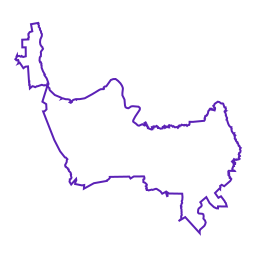 Hauraki District, Waikato, New Zealand
{"feature_id": "76426892B20926799897700", "entity_name": "Hauraki District", "entity_type": "district", "adm_level": 2, "iso_a3": "NZL", "parent_name": "New Zealand", "parent_adm1": "Waikato", "projection": "albers", "projection_center": [175.627, -37.294], "detail": "fine", "context": "isolated", "style": "outline", "palette": "violet", "viewbox_px": 256, "rotation_deg": 0, "n_neighbors": 0, "source": "geoboundaries", "source_scale": "gbopen_adm2", "svg_char_len": 5830}
<svg xmlns="http://www.w3.org/2000/svg" viewBox="0 0 256 256"><path d="M115.6,79.0L113.2,79.1L110.8,80.0L106.3,86.3L104.6,86.6L103.7,87.4L104.0,88.8L103.7,89.1L100.8,89.2L99.3,89.9L92.4,94.1L84.7,98.3L79.8,99.1L76.7,99.1L76.4,99.7L75.6,99.2L73.3,99.9L72.2,100.9L71.9,102.0L71.3,102.1L70.8,102.8L69.8,102.3L70.2,102.0L70.6,100.9L69.7,99.7L68.0,99.3L65.6,99.2L62.7,98.3L61.7,98.7L62.0,98.3L60.8,97.5L54.8,95.0L49.9,90.3L49.5,89.5L49.5,88.3L48.2,87.1L47.7,85.3L47.4,85.7L42.4,101.7L46.2,104.1L46.5,109.4L44.5,111.3L43.1,111.4L54.3,140.0L60.1,151.3L64.9,157.4L65.9,157.6L67.4,159.2L66.8,160.0L66.7,162.0L65.1,165.1L65.4,166.5L66.0,166.7L66.1,167.2L67.7,168.2L68.1,169.4L68.7,169.5L68.9,171.0L70.4,172.4L70.9,173.4L70.7,174.2L71.1,174.6L70.9,175.5L71.5,177.7L71.0,178.7L69.8,179.3L69.9,179.8L69.5,181.7L71.2,184.5L76.1,178.9L76.3,180.3L75.4,182.2L75.1,184.0L82.0,185.4L84.2,185.0L83.9,188.7L93.9,183.2L106.9,180.9L106.9,180.4L108.4,179.5L109.7,178.1L109.9,177.5L109.8,176.9L129.3,176.6L130.5,178.5L133.7,176.5L144.0,176.4L144.4,177.4L144.4,178.8L143.3,179.5L143.4,182.1L145.1,182.8L146.8,184.5L146.7,185.5L145.8,186.2L146.7,187.3L146.8,188.3L146.2,188.5L146.7,190.0L147.7,190.0L148.6,190.4L151.8,189.6L152.6,189.9L155.5,188.9L156.6,188.9L160.5,191.4L162.2,193.7L165.7,191.9L167.1,196.1L167.6,195.9L167.1,192.2L169.0,193.5L182.2,193.7L182.5,197.0L182.3,199.9L181.7,201.1L182.2,202.9L181.6,203.7L181.3,205.2L180.9,205.7L181.4,206.7L181.0,206.9L181.2,207.7L181.0,208.0L181.5,209.3L181.5,211.6L181.7,212.0L181.5,213.4L181.8,215.0L181.2,216.1L181.1,217.1L181.7,218.4L178.6,221.1L185.2,217.1L199.7,233.1L199.6,231.6L200.1,229.6L204.3,225.9L205.1,224.5L205.7,222.5L205.0,220.5L203.4,218.6L203.7,216.1L203.3,214.3L202.4,213.8L198.9,213.5L198.2,212.9L198.0,212.3L198.2,209.7L198.7,208.5L201.3,206.4L201.7,205.3L201.3,203.7L200.3,202.2L206.3,197.1L209.6,203.1L213.9,207.1L216.4,208.3L218.0,208.4L218.0,206.4L226.8,206.5L225.8,203.0L225.0,202.2L224.8,201.4L221.0,196.3L218.4,197.8L215.0,193.0L219.5,188.5L220.1,189.1L220.1,188.5L220.5,187.2L220.1,186.0L221.7,184.8L224.2,186.2L230.2,181.0L230.7,180.2L231.3,179.0L230.6,178.2L229.7,178.0L229.6,177.1L229.9,176.9L228.9,175.6L229.2,175.6L229.1,173.1L228.4,173.2L228.3,171.4L228.7,170.8L234.7,171.0L234.5,170.7L232.9,170.8L232.4,170.3L232.6,169.5L232.3,169.4L232.3,168.7L233.3,166.2L234.0,166.1L233.6,164.2L235.1,164.0L235.2,162.8L233.8,162.0L232.9,162.5L232.4,162.0L232.8,161.4L232.3,161.2L233.9,159.6L234.2,159.9L234.2,159.2L236.1,159.9L236.6,159.9L236.7,159.4L238.7,159.4L239.6,158.8L238.8,157.5L239.1,156.3L239.7,156.1L239.5,155.8L239.7,155.6L238.7,154.6L239.2,152.9L240.2,152.5L240.6,150.8L239.9,149.2L240.6,148.1L240.2,148.0L239.8,146.8L239.1,146.2L239.2,145.8L238.6,145.6L238.0,143.3L237.4,143.2L237.2,142.8L237.3,142.0L236.2,141.3L235.8,140.2L235.9,139.6L235.4,139.6L234.7,138.4L234.9,137.0L234.6,136.4L234.9,135.8L234.6,135.5L235.1,135.2L234.1,134.4L234.3,133.2L233.2,133.4L231.8,131.2L231.4,129.1L231.7,128.8L231.2,127.8L231.4,127.2L230.3,126.9L229.1,125.6L228.2,123.7L226.7,119.0L227.3,118.1L227.0,118.3L227.1,118.0L226.5,117.0L225.8,115.3L226.0,115.0L225.4,112.9L224.7,111.9L225.4,111.4L224.8,111.4L224.8,111.1L225.6,110.8L225.9,110.2L225.7,109.5L225.9,108.7L225.5,108.3L225.6,107.4L224.4,107.2L223.2,103.7L222.6,103.4L221.2,103.5L219.4,102.1L217.8,101.7L214.7,103.8L214.2,105.1L213.3,105.8L213.7,106.8L214.9,107.6L215.1,108.8L214.6,110.4L212.7,109.8L212.7,109.4L212.2,109.7L211.9,109.3L211.6,109.6L211.0,109.5L210.9,108.7L210.1,108.7L209.4,109.5L209.4,110.1L208.3,111.1L207.9,113.4L207.3,114.7L206.8,114.8L206.8,115.5L205.7,116.2L205.3,116.1L204.7,117.9L205.0,118.2L204.6,118.8L204.9,119.7L204.2,120.8L192.6,121.9L189.6,121.8L189.5,124.2L189.2,124.9L188.2,125.0L187.1,125.9L186.2,124.9L185.7,125.2L184.8,124.9L184.0,125.0L183.9,125.4L181.7,124.7L181.2,125.4L179.6,125.4L179.6,126.2L178.6,126.1L178.4,127.4L177.9,127.9L177.0,127.0L174.9,127.3L173.5,126.2L172.8,126.7L171.5,125.5L170.6,125.7L169.2,125.1L168.7,125.6L169.1,127.4L168.1,127.3L167.4,126.7L166.7,126.6L166.6,127.0L165.0,127.9L164.8,127.3L164.9,126.0L164.5,125.7L163.5,126.7L163.2,127.4L162.7,127.2L162.5,128.4L160.4,128.7L159.5,128.1L158.0,128.0L158.0,127.4L157.4,127.0L157.7,126.7L156.6,125.9L155.8,126.5L154.0,126.4L154.2,126.9L153.4,127.0L153.4,127.5L152.8,127.1L151.9,127.1L152.4,129.3L151.4,129.5L148.6,128.4L148.4,127.8L148.0,127.9L148.1,127.1L147.4,126.8L147.4,126.3L147.0,126.1L147.3,125.7L147.2,125.2L145.9,125.1L145.7,123.8L145.2,123.2L146.0,123.0L145.6,122.4L144.4,123.1L144.7,124.0L144.2,125.3L142.3,124.2L139.0,125.7L137.7,125.3L136.0,123.7L133.3,121.8L133.1,121.2L133.3,120.2L135.2,116.6L139.6,110.0L139.9,108.9L139.7,107.7L138.5,106.7L132.9,106.2L131.2,106.4L128.5,108.2L127.2,108.1L125.6,107.3L125.0,105.6L124.5,99.6L122.4,95.3L122.4,93.0L122.9,88.7L122.7,87.5L121.9,85.6L120.5,83.4L118.1,80.9L115.6,79.0ZM47.4,85.1L47.4,84.7L47.6,84.9L48.3,84.5L48.5,83.9L47.8,81.4L46.7,78.4L44.4,75.1L44.2,73.8L43.6,73.6L44.4,73.7L43.0,71.3L41.6,67.7L41.6,65.4L41.2,64.9L41.5,63.8L40.7,62.0L40.5,61.8L40.0,62.1L39.5,60.5L39.8,57.4L40.2,56.7L40.8,56.4L41.0,53.8L40.8,52.3L41.1,51.4L42.9,49.1L42.4,47.2L41.1,46.1L41.5,46.3L40.4,44.6L40.0,42.2L40.3,39.5L41.8,36.1L41.9,34.0L41.1,32.8L41.0,31.3L39.9,29.7L40.0,28.4L38.7,26.8L39.0,25.6L38.2,24.2L38.6,23.5L38.3,22.9L31.0,24.2L32.3,31.3L29.7,32.1L28.3,34.1L28.6,34.8L28.4,35.6L28.9,37.1L27.8,38.8L29.2,39.4L22.2,39.7L22.3,47.4L25.7,47.3L25.8,56.3L23.1,57.0L21.6,56.0L21.1,56.7L20.7,56.7L19.3,55.9L17.7,56.2L17.2,56.0L17.1,55.2L16.5,56.5L16.8,56.9L15.8,58.9L15.4,59.2L16.4,60.3L18.2,60.0L18.6,61.2L18.4,61.5L18.5,63.2L18.3,63.5L19.8,62.8L23.4,68.2L25.4,66.7L28.0,66.4L29.0,81.8L29.3,81.7L29.2,84.8L29.7,84.8L29.9,88.4L32.4,86.2L33.8,86.5L35.2,87.2L37.0,86.2L37.5,86.3L41.8,84.8L44.1,85.5L44.9,85.1L46.8,85.6L46.7,85.2L47.4,85.1Z" fill="none" stroke="#5b21b6" stroke-width="2"/></svg>